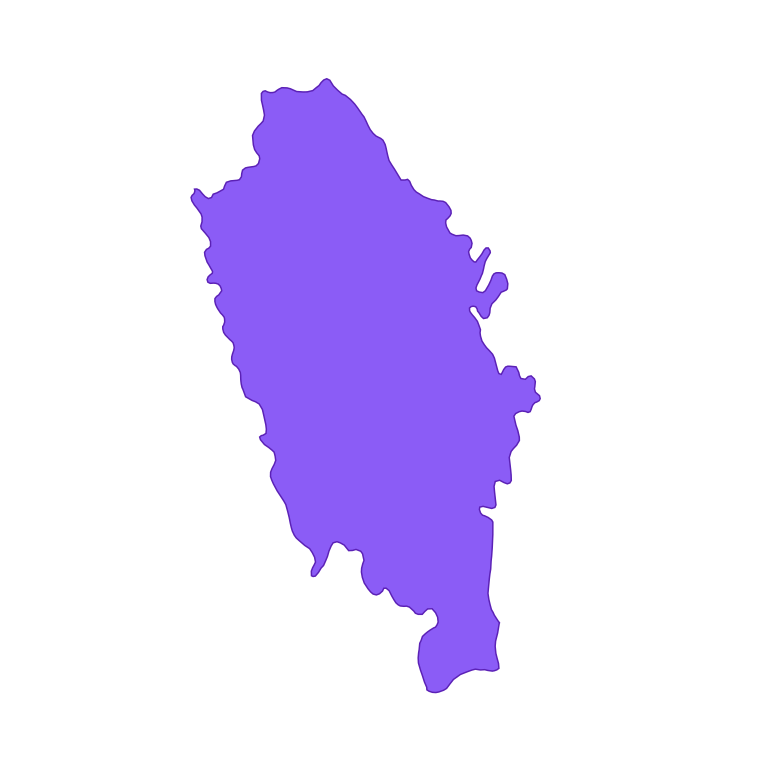 Syanno, Vitebsk, Belarus, rotated 77°
{"feature_id": "67162791B30203465956125", "entity_name": "Syanno", "entity_type": "district", "adm_level": 2, "iso_a3": "BLR", "parent_name": "Belarus", "parent_adm1": "Vitebsk", "projection": "equal_earth", "projection_center": [29.908, 54.823], "detail": "fine", "context": "isolated", "style": "filled", "palette": "violet", "viewbox_px": 768, "rotation_deg": 77, "n_neighbors": 0, "source": "geoboundaries", "source_scale": "gbopen_adm2", "svg_char_len": 6138}
<svg xmlns="http://www.w3.org/2000/svg" viewBox="0 0 768 768"><g transform="rotate(77 384 384)"><path d="M435.9,239.2L435.1,236.5L433.4,235.1L430.4,235.1L426.1,238.3L422.6,238.5L420.4,237.6L415.7,236.0L412.9,236.3L409.2,238.8L409.2,241.8L411.2,245.2L409.4,249.4L406.4,250.1L402.9,250.1L397.0,251.4L395.1,257.1L394.5,259.4L394.8,261.7L396.8,264.1L398.9,265.8L401.0,267.6L399.7,269.7L396.7,270.2L390.5,270.4L383.6,270.6L379.5,271.5L375.1,273.9L371.8,275.9L368.4,277.4L364.1,278.9L359.2,279.2L355.7,278.9L352.8,277.8L348.3,278.3L344.0,278.9L339.7,280.7L336.5,282.4L333.6,283.7L332.0,284.1L329.2,283.6L328.2,281.8L328.2,279.7L329.3,277.3L331.6,276.4L334.0,276.4L336.4,275.3L340.0,274.1L342.6,272.3L342.7,268.5L340.8,266.3L338.4,264.9L334.0,263.5L330.1,260.8L327.3,256.2L324.6,253.0L320.9,249.2L320.6,247.0L319.9,243.7L319.0,242.4L314.2,240.8L309.6,240.9L304.6,241.7L302.4,244.1L301.4,247.1L300.9,249.8L301.4,252.1L303.2,254.1L307.0,256.5L311.1,259.7L315.9,264.2L317.2,267.1L315.9,270.4L314.0,272.8L311.1,272.8L308.4,271.1L305.7,268.8L303.3,266.8L300.1,264.6L298.5,263.3L294.2,261.1L291.5,259.9L287.5,257.8L285.0,255.7L282.3,253.1L280.0,250.9L278.1,250.7L274.9,251.8L274.4,254.0L275.9,256.3L279.1,259.2L281.3,261.7L284.0,265.1L285.8,267.1L285.3,268.7L282.9,270.4L280.6,271.5L276.7,271.9L274.1,271.8L271.9,270.2L270.6,268.3L266.8,266.6L263.6,266.7L261.2,267.3L258.5,269.2L256.7,273.3L256.2,277.7L255.7,280.6L253.2,284.2L251.6,285.8L247.1,287.1L245.0,287.7L241.0,287.7L238.2,286.8L236.9,284.5L235.0,281.8L232.9,280.2L229.9,279.7L225.9,280.8L221.1,283.1L219.3,285.3L218.2,288.6L217.9,290.1L216.0,293.7L215.1,296.2L212.7,299.9L210.3,303.4L206.7,306.8L204.3,309.3L201.4,311.1L196.6,312.7L192.3,313.4L189.9,315.0L190.0,317.5L189.1,321.5L184.2,323.1L176.9,325.5L172.3,327.2L167.4,328.8L162.8,329.0L158.7,329.0L154.8,328.9L150.9,329.0L146.2,330.2L143.9,332.0L142.3,334.0L140.6,336.0L137.4,338.2L133.1,340.2L128.5,341.4L124.0,342.3L119.2,343.4L116.2,344.8L109.1,347.6L104.6,349.6L99.4,352.6L94.1,356.7L92.1,359.6L87.3,363.1L82.2,366.3L75.8,368.5L73.7,371.1L74.2,374.3L76.1,377.4L78.6,380.2L79.9,383.1L82.1,387.4L82.1,393.1L81.3,397.0L80.2,400.6L79.4,403.3L75.2,408.9L73.7,411.8L72.3,416.9L73.1,420.2L73.7,421.9L75.0,424.7L75.0,426.8L74.5,429.4L73.3,431.7L71.6,433.8L71.7,436.0L73.3,438.1L80.0,439.6L84.5,439.6L90.3,439.7L95.2,440.0L100.6,442.6L102.7,445.6L104.5,448.6L108.3,453.3L112.3,456.2L121.6,457.5L126.5,457.3L130.2,456.0L133.6,454.3L136.6,454.4L140.9,456.7L142.7,459.6L142.8,461.9L142.5,465.4L142.3,467.9L142.3,470.4L143.8,473.7L147.0,475.3L150.0,476.3L152.4,478.9L152.5,481.2L151.6,487.7L152.0,492.2L155.4,494.9L158.1,496.5L159.2,500.2L160.2,503.8L160.6,507.7L163.5,510.1L163.8,513.4L161.3,516.1L157.9,518.1L153.7,520.2L151.9,522.5L151.5,524.8L153.3,524.8L155.7,526.2L157.1,528.6L158.8,530.0L162.3,530.0L166.9,528.5L170.5,526.7L177.1,524.0L180.4,523.7L185.0,524.8L188.9,527.0L191.6,527.0L196.6,524.3L201.9,521.7L206.3,521.0L210.7,522.0L212.3,524.3L212.9,526.7L215.3,529.2L218.8,529.6L225.4,528.9L228.7,527.8L232.5,526.7L235.0,525.9L236.0,525.8L237.5,526.4L238.7,529.1L240.0,531.2L242.5,532.9L245.2,532.7L246.8,530.7L247.4,527.2L248.1,525.1L249.4,523.0L251.7,521.6L254.5,521.1L256.7,521.2L258.4,523.2L260.0,524.9L261.0,527.4L262.7,529.5L265.6,530.2L268.5,530.2L271.4,529.6L273.5,529.0L278.0,527.3L280.5,525.8L283.0,524.7L284.8,524.7L287.8,525.3L290.6,527.0L291.8,528.2L294.2,528.7L297.7,528.6L300.7,527.5L302.8,526.2L306.1,524.2L308.0,522.8L309.8,521.8L312.7,521.6L315.0,521.8L317.5,522.9L320.7,524.9L323.2,526.2L325.7,526.9L328.8,526.9L330.6,526.4L332.7,524.8L333.6,523.8L336.8,522.2L340.5,521.4L343.2,521.7L347.1,522.5L349.2,522.8L351.9,523.1L355.6,523.1L357.3,522.7L360.4,522.3L365.3,521.7L370.3,516.3L372.4,513.2L375.4,510.1L381.5,508.2L388.3,508.2L397.2,508.3L401.6,508.8L405.6,510.1L406.7,513.3L406.7,515.2L407.7,517.1L410.5,516.9L416.1,514.1L419.9,510.6L423.4,507.9L425.7,506.4L429.8,506.3L434.1,506.7L437.6,509.0L441.2,512.1L444.4,514.3L448.7,515.4L452.3,515.0L456.5,514.2L464.2,512.1L470.4,509.8L475.6,507.9L479.4,506.8L486.3,506.5L492.6,506.4L498.9,506.6L503.0,506.6L506.6,506.4L511.2,505.4L514.3,504.1L517.2,502.1L523.5,497.5L527.7,493.5L532.2,491.8L537.2,490.6L542.1,490.8L544.4,492.6L547.0,494.9L550.0,496.9L554.5,497.8L555.6,496.4L555.7,494.1L552.9,490.3L549.2,486.7L547.2,483.7L542.8,480.4L539.3,477.9L534.4,475.2L529.9,471.9L527.3,469.3L527.1,465.3L528.9,462.4L532.0,459.0L538.4,455.9L539.1,452.1L538.9,448.5L541.7,444.3L544.6,443.1L551.4,443.2L554.5,445.2L558.4,447.2L562.1,448.3L567.6,448.6L573.5,448.0L580.0,445.6L583.6,443.8L586.2,441.9L587.8,438.9L587.4,435.6L585.4,432.0L583.0,430.2L583.4,427.9L586.5,425.5L592.3,424.1L596.3,422.9L599.9,421.6L602.3,419.9L603.9,418.1L605.1,414.6L605.5,412.0L607.1,409.4L612.0,406.0L614.4,405.0L616.1,402.5L617.0,398.5L614.8,395.4L613.0,392.1L613.8,387.7L618.5,385.2L623.3,384.2L628.2,384.8L630.6,386.5L632.5,388.5L632.9,390.7L634.2,394.5L635.4,397.4L636.7,400.0L638.6,403.3L642.2,405.5L644.7,407.5L651.0,409.6L653.6,410.7L658.5,412.3L663.6,413.2L671.0,412.8L676.4,412.2L683.6,411.6L689.1,410.6L691.7,411.0L693.5,409.2L695.3,406.2L696.3,402.9L696.4,399.9L695.8,394.8L694.7,391.5L691.2,387.4L687.5,382.8L684.2,374.9L683.2,368.3L682.5,362.8L682.4,359.1L684.3,354.4L685.0,350.1L686.4,347.4L688.1,343.0L688.2,340.9L687.9,338.3L686.9,336.0L682.1,335.3L676.8,335.5L671.6,335.6L664.6,334.7L659.6,333.1L652.2,329.3L643.2,325.6L642.7,325.2L640.2,326.3L634.1,328.5L631.1,329.1L627.9,330.1L622.4,330.3L617.5,330.3L611.4,329.8L607.4,328.5L597.5,325.2L593.0,323.6L588.4,321.7L580.7,319.5L576.1,317.9L567.6,315.3L555.0,311.8L547.7,310.1L543.0,309.0L540.7,309.7L537.5,312.5L535.0,315.7L534.0,317.5L531.5,318.9L527.8,319.3L525.5,318.4L525.5,315.0L529.5,307.0L529.2,303.7L527.0,302.1L514.3,300.6L508.5,299.8L504.0,297.5L503.8,293.0L507.0,289.3L509.0,286.3L508.7,283.6L506.7,281.7L501.2,280.6L496.0,279.9L483.8,278.5L478.3,275.3L476.0,272.4L473.5,268.6L469.5,264.8L466.1,264.1L459.6,264.1L453.8,264.7L444.6,264.7L442.4,262.4L441.4,258.5L441.4,255.6L442.6,252.3L444.1,250.1L443.8,247.8L441.6,246.2L439.1,244.7L437.6,243.4L436.1,241.1L435.9,239.2Z" fill="#8b5cf6" stroke="#5b21b6" stroke-width="1.5"/></g></svg>